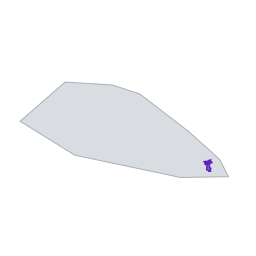 Monchy, Dauphin, Saint Lucia shown in context, rotated 100°
{"feature_id": "8701671B61096532329378", "entity_name": "Monchy", "entity_type": "district", "adm_level": 2, "iso_a3": "LCA", "parent_name": "Saint Lucia", "parent_adm1": "Dauphin", "projection": "equal_earth", "projection_center": [-60.929, 14.054], "detail": "fine", "context": "in_parent", "style": "filled", "palette": "violet", "viewbox_px": 256, "rotation_deg": 100, "n_neighbors": 0, "source": "geoboundaries", "source_scale": "gbopen_adm2", "svg_char_len": 2249}
<svg xmlns="http://www.w3.org/2000/svg" viewBox="0 0 256 256"><g transform="rotate(100 128 128)"><path d="M164.0,175.7L140.1,235.4L93.7,197.9L88.4,150.8L92.5,122.2L120.9,67.7L143.0,32.3L158.5,20.6L167.6,67.6L164.0,175.7Z" fill="#d9dde1" stroke="#a8b0b8" stroke-width="1"/><path d="M145.1,40.9L145.1,41.0L145.3,41.0L145.5,41.3L145.5,41.5L145.5,41.8L145.6,42.0L145.8,42.1L145.9,42.3L145.9,42.5L146.0,42.7L146.0,42.8L146.1,43.0L146.1,43.3L146.3,43.3L146.5,43.3L146.8,43.5L147.1,43.7L147.3,43.7L147.5,43.7L147.8,43.7L147.8,43.4L147.7,43.4L147.7,43.2L147.8,43.0L148.0,43.0L148.3,43.0L148.5,42.9L148.5,43.0L148.7,43.3L148.8,43.4L148.8,43.5L148.7,43.5L147.7,44.4L147.7,44.5L147.6,44.8L147.4,44.9L147.4,45.0L147.4,45.3L147.4,45.5L147.4,45.8L147.5,46.0L147.5,46.3L147.6,46.5L147.8,46.9L147.9,47.1L148.9,45.7L149.0,45.6L149.3,45.5L149.3,45.8L149.4,46.0L149.5,46.1L149.7,45.9L149.8,45.7L150.0,45.6L150.4,45.6L150.5,45.5L150.6,45.2L150.4,45.0L150.2,44.9L149.8,44.7L149.7,44.6L149.6,44.3L149.6,44.2L149.4,44.1L149.2,44.0L149.1,43.9L149.0,43.7L149.3,43.5L149.5,43.6L149.8,43.7L150.0,43.7L150.0,43.9L150.1,44.0L150.3,44.2L150.5,43.8L150.5,43.7L150.9,43.6L151.3,43.6L151.7,43.6L152.9,43.5L153.4,43.5L154.9,43.4L155.4,43.2L155.6,43.0L155.6,42.8L155.6,42.5L155.6,42.4L155.6,42.2L155.7,41.9L155.7,41.7L155.8,41.6L156.0,41.4L156.3,41.2L156.5,41.0L156.4,40.8L156.4,40.6L156.4,40.4L156.2,40.2L156.3,39.8L156.3,39.7L156.2,39.8L156.1,39.7L155.9,39.4L155.7,39.4L155.4,39.4L155.3,39.5L155.2,39.5L154.8,39.7L154.7,39.7L154.6,39.8L154.4,39.8L154.2,39.9L153.9,39.7L153.7,39.5L153.6,39.4L153.4,39.4L153.3,39.5L153.2,39.6L153.2,39.9L153.2,40.1L153.0,40.3L152.9,40.5L152.6,40.9L152.5,41.0L152.3,41.0L151.8,41.2L151.6,41.3L151.4,41.2L151.2,41.2L150.8,41.2L150.7,41.3L150.4,41.4L150.3,41.5L150.2,41.6L150.0,41.8L149.9,42.0L149.7,42.1L149.7,42.3L149.7,42.2L149.6,41.9L149.4,41.9L149.2,41.9L149.2,41.7L149.0,41.4L148.9,41.4L148.9,41.2L148.0,40.3L147.9,40.2L147.7,39.9L147.7,39.7L147.6,39.4L147.4,39.4L147.3,39.5L147.2,39.5L147.1,39.8L146.9,40.0L146.8,40.3L147.1,41.4L147.0,41.5L146.9,41.6L146.7,41.7L146.6,41.8L146.6,41.7L146.4,41.5L146.3,41.3L146.2,41.3L146.1,41.2L145.9,41.2L145.7,41.1L145.4,40.9L145.2,40.9L145.1,40.9Z" fill="#8b5cf6" stroke="#5b21b6" stroke-width="1.5"/></g></svg>